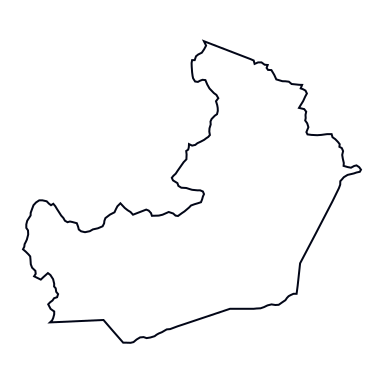 Várzea Alegre, Ceará, Brazil (orthographic projection)
{"feature_id": "56859067B27179773090009", "entity_name": "Várzea Alegre", "entity_type": "district", "adm_level": 2, "iso_a3": "BRA", "parent_name": "Brazil", "parent_adm1": "Ceará", "projection": "orthographic", "projection_center": [-39.32, -6.742], "detail": "fine", "context": "isolated", "style": "outline", "palette": "ink", "viewbox_px": 384, "rotation_deg": 0, "n_neighbors": 0, "source": "geoboundaries", "source_scale": "gbopen_adm2", "svg_char_len": 3344}
<svg xmlns="http://www.w3.org/2000/svg" viewBox="0 0 384 384"><path d="M170.1,329.1L177.6,326.3L183.4,324.4L230.0,308.8L235.7,308.8L253.7,308.8L256.6,308.5L260.5,308.3L264.0,307.1L267.5,305.4L271.5,304.4L275.3,305.0L278.7,304.8L282.4,302.2L285.4,300.2L286.9,298.0L288.6,296.2L290.8,295.0L293.5,293.8L296.6,293.8L297.7,285.4L300.1,263.3L316.3,232.5L318.0,229.2L332.4,201.5L338.9,188.2L340.2,184.7L340.3,181.2L342.2,179.1L343.8,177.2L347.6,174.9L351.5,174.0L354.0,173.4L356.5,172.5L359.8,171.8L361.0,169.7L359.2,167.2L356.5,165.4L354.1,166.0L351.0,167.7L347.8,167.1L343.6,165.9L343.8,163.0L342.8,158.6L342.2,154.9L343.1,151.1L341.8,148.1L339.4,146.8L339.7,144.2L338.0,142.0L335.3,139.2L332.5,137.2L331.6,134.1L327.3,134.1L321.3,134.9L317.2,135.2L311.4,134.9L307.5,134.4L306.4,132.1L308.4,127.2L307.2,123.3L305.2,120.5L305.7,118.1L305.5,114.9L306.2,111.7L304.2,109.1L299.0,107.9L300.3,105.7L303.1,101.2L305.2,96.6L306.9,93.5L305.5,90.6L303.2,89.3L300.7,88.4L302.1,84.9L299.2,84.8L296.4,84.5L291.6,84.0L288.9,81.7L285.5,81.3L282.4,81.2L276.3,79.4L274.2,74.8L271.4,70.1L268.0,69.9L266.6,67.9L267.7,65.0L264.6,64.7L261.5,62.4L258.1,62.4L254.6,63.9L253.7,60.5L250.5,59.1L203.9,41.2L206.1,45.6L204.1,49.3L201.8,52.7L198.2,54.5L196.0,56.3L194.7,60.1L192.1,60.1L191.6,63.0L191.7,66.4L192.1,72.2L192.6,76.0L193.1,78.3L195.1,81.5L197.9,81.9L200.1,80.7L202.5,79.8L205.4,80.1L207.3,84.6L209.5,88.5L213.9,93.1L216.4,94.9L218.3,98.2L216.0,101.2L217.2,105.1L217.7,107.9L217.8,110.9L217.0,114.2L214.8,115.7L211.6,119.0L210.5,121.5L210.7,124.5L209.5,128.3L209.3,131.6L209.9,135.0L208.3,136.9L206.3,138.2L204.2,139.8L200.8,141.6L197.4,143.2L195.3,144.9L192.1,145.6L189.0,144.1L188.8,147.3L188.2,149.6L186.2,151.0L186.6,154.4L186.4,159.3L183.7,162.1L177.6,170.8L175.7,173.7L173.4,175.8L171.8,177.8L173.0,180.4L177.4,183.1L178.4,185.9L181.3,187.7L186.3,188.0L189.4,189.0L192.1,189.8L197.0,190.3L200.1,190.3L202.9,191.5L204.0,194.1L202.9,196.5L202.2,199.1L201.0,202.2L198.0,203.2L194.6,204.2L191.0,205.5L189.1,207.5L184.5,211.4L181.8,213.2L178.0,216.0L175.5,215.6L173.2,213.5L168.7,212.0L162.6,214.7L158.8,215.6L151.9,215.8L151.0,213.1L148.7,210.6L146.2,209.6L133.0,214.7L130.5,212.0L127.6,210.2L124.8,208.0L120.4,203.3L117.4,206.3L115.9,209.2L114.5,212.3L110.0,214.6L105.4,218.1L104.4,220.9L104.1,223.4L102.6,226.3L97.9,228.3L92.9,229.4L89.8,231.2L85.0,232.2L81.1,231.3L78.8,229.5L78.1,226.7L76.8,223.2L72.3,222.0L69.9,221.5L67.5,222.2L64.9,220.7L63.4,218.0L61.2,215.6L59.1,212.3L56.9,208.9L55.3,206.2L53.3,203.8L51.0,205.2L49.0,203.7L46.7,201.3L42.3,200.3L39.3,200.3L36.1,202.4L33.5,205.2L32.0,209.2L30.7,212.8L30.6,215.5L28.6,218.6L27.2,220.8L26.3,224.4L26.3,227.9L28.0,230.4L28.2,234.5L26.9,239.5L25.8,241.9L24.6,244.2L24.3,246.7L23.0,249.3L25.7,251.6L28.5,254.4L30.2,256.4L30.5,259.7L30.8,264.3L32.1,267.7L35.4,270.9L35.7,273.8L34.1,276.3L36.5,277.5L40.8,279.6L43.4,277.1L47.9,273.1L50.4,275.0L53.1,279.2L54.2,283.8L54.1,286.5L55.7,288.3L56.2,291.8L58.1,294.1L57.1,297.2L54.1,298.2L52.5,300.5L50.1,302.3L48.2,304.3L50.6,308.9L54.2,311.5L54.2,314.3L53.2,318.0L52.1,320.4L50.0,322.4L68.5,321.6L74.8,321.3L103.5,320.0L111.5,329.3L123.2,342.7L127.0,342.7L130.6,342.8L133.5,342.1L136.6,339.5L140.1,337.4L143.6,337.1L146.6,338.1L150.3,337.5L154.6,336.2L156.6,334.7L158.7,333.5L161.9,332.2L166.7,329.4L170.1,329.1Z" fill="none" stroke="#020617" stroke-width="2"/></svg>